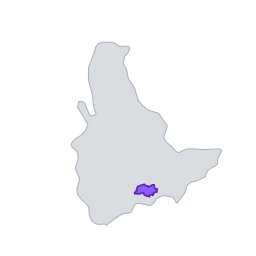 Las Matas de Farfan, San Juan, Dominican Republic shown in context, rotated 244°
{"feature_id": "3306468B58611223630856", "entity_name": "Las Matas de Farfan", "entity_type": "district", "adm_level": 2, "iso_a3": "DOM", "parent_name": "Dominican Republic", "parent_adm1": "San Juan", "projection": "equal_earth", "projection_center": [-71.495, 18.95], "detail": "fine", "context": "in_parent", "style": "filled", "palette": "violet", "viewbox_px": 256, "rotation_deg": 244, "n_neighbors": 0, "source": "geoboundaries", "source_scale": "gbopen_adm2", "svg_char_len": 4246}
<svg xmlns="http://www.w3.org/2000/svg" viewBox="0 0 256 256"><g transform="rotate(244 128 128)"><path d="M50.2,176.0L50.5,165.2L51.7,160.8L50.6,156.2L45.2,151.3L41.9,145.0L39.0,139.4L39.6,138.6L45.5,138.4L47.5,136.3L51.5,130.6L52.3,126.0L51.9,122.5L49.4,118.4L48.4,114.0L51.5,110.2L55.7,104.6L56.2,102.5L56.2,100.4L51.3,94.5L51.0,92.0L53.3,85.6L53.0,81.4L50.8,68.3L49.8,66.4L51.9,65.2L53.3,61.3L55.2,57.9L57.7,56.0L60.5,54.8L66.1,54.9L73.9,57.9L76.1,57.9L83.6,55.1L89.8,53.6L95.6,55.3L97.9,57.7L102.8,61.5L105.2,62.6L112.8,62.5L114.9,62.9L121.3,69.1L126.6,71.6L129.8,71.7L135.4,69.3L138.1,69.4L141.3,74.7L142.0,82.3L144.7,89.2L148.8,93.6L168.9,91.8L173.4,95.4L171.9,98.4L169.0,100.0L159.5,99.3L155.3,99.7L154.4,102.7L154.4,105.5L160.0,106.1L165.5,107.5L171.1,109.8L176.8,111.3L183.2,112.3L189.6,113.9L200.1,119.4L211.8,131.8L215.0,134.6L217.0,138.5L216.1,143.3L212.0,151.2L209.6,153.7L206.2,155.3L203.9,158.5L201.6,164.0L200.2,164.5L198.6,164.2L195.8,161.1L193.8,156.3L188.1,151.8L181.5,152.4L171.6,149.8L165.6,151.0L159.7,151.3L153.6,150.0L147.5,149.5L141.3,151.2L135.4,154.1L133.2,155.9L129.4,160.4L127.4,162.0L113.0,164.3L108.8,161.0L104.9,156.5L99.4,155.9L91.3,159.4L86.3,160.6L84.2,162.1L83.6,163.8L83.6,170.1L82.5,173.9L74.6,188.4L70.2,198.6L68.4,201.7L66.3,202.4L62.4,196.5L59.9,194.4L56.9,193.3L55.6,190.2L55.6,185.8L54.8,181.5L52.9,178.2L50.2,176.0Z" fill="#d9dde1" stroke="#a8b0b8" stroke-width="1"/><path d="M56.7,117.2L56.8,117.3L57.1,117.4L57.4,117.5L57.5,117.5L57.9,117.5L58.0,117.6L58.1,117.8L58.1,118.7L58.1,118.9L58.1,119.0L57.8,119.4L57.7,119.5L57.6,119.9L57.5,120.0L57.4,120.3L57.2,120.4L56.8,120.5L56.6,120.6L56.5,120.8L56.5,121.0L56.7,121.3L56.8,121.4L57.0,121.5L57.3,121.6L57.5,121.4L57.7,121.2L57.8,121.1L58.0,121.1L58.1,121.3L58.1,121.6L58.1,121.8L58.1,122.0L58.0,122.3L57.9,122.5L57.9,122.8L58.0,123.0L58.3,123.3L58.4,123.5L58.4,124.3L58.4,124.5L58.1,124.8L57.9,124.9L57.9,125.0L57.8,125.3L57.9,125.5L57.8,125.8L57.8,126.0L58.1,126.1L58.3,126.2L58.5,126.2L58.7,126.3L58.8,126.3L59.1,126.4L59.2,126.5L59.3,126.5L59.4,126.9L59.5,127.0L59.7,127.3L59.8,127.3L60.0,127.3L60.2,127.5L60.3,127.5L60.5,127.6L60.8,127.2L61.0,126.9L61.0,126.5L61.0,126.4L61.2,126.1L61.3,125.9L61.6,125.9L62.1,125.9L62.9,125.9L63.0,125.9L63.3,126.0L63.5,126.1L64.5,126.1L64.8,126.2L64.9,126.3L65.1,126.5L65.3,126.6L65.5,126.6L65.7,126.4L65.8,126.1L66.0,125.8L66.0,125.7L66.1,125.4L66.2,125.1L66.3,124.9L66.3,124.7L66.2,124.6L66.2,124.1L66.2,123.9L66.1,123.7L65.9,123.6L65.9,123.4L65.9,123.2L65.9,122.9L66.0,122.8L66.1,122.4L66.2,122.2L66.2,121.9L66.2,121.7L66.3,121.5L66.3,121.4L66.2,121.1L66.2,120.9L66.1,120.7L66.1,120.4L66.2,120.2L66.3,120.2L66.5,120.3L66.8,120.4L67.1,120.2L67.4,120.1L67.6,120.0L67.7,119.9L67.8,119.8L67.9,119.6L68.0,119.5L68.0,119.4L68.1,119.2L68.2,118.9L68.3,118.8L68.5,118.7L68.9,118.5L68.9,118.4L69.1,118.4L69.9,118.4L70.0,118.4L70.3,118.0L70.4,117.9L70.5,117.7L70.5,117.4L70.5,117.2L70.5,115.7L70.5,115.4L70.7,115.2L70.8,115.2L70.9,114.9L70.8,114.7L70.8,114.4L70.9,114.2L71.0,113.9L71.0,113.6L70.9,112.5L71.0,112.3L71.0,112.2L71.2,111.8L71.3,111.5L71.3,111.4L71.2,111.2L70.9,111.2L70.8,110.6L70.7,110.3L70.6,110.2L70.4,109.9L70.2,109.8L70.1,109.7L69.9,109.6L69.7,109.6L69.4,109.5L69.2,109.4L69.1,109.2L68.8,108.6L68.7,108.4L68.6,108.2L68.3,108.1L68.2,108.0L67.9,108.1L67.8,108.3L67.6,108.4L67.5,107.5L67.5,107.3L67.5,107.2L67.4,107.2L67.3,106.9L67.2,106.9L67.2,106.7L67.2,106.1L67.2,105.9L67.1,105.6L67.0,105.4L65.9,105.3L65.7,105.3L65.7,105.5L65.8,105.9L65.8,106.0L65.7,106.3L65.7,106.5L65.3,106.7L65.2,106.8L64.9,107.0L64.7,107.2L64.6,107.3L64.6,107.5L64.6,107.8L64.6,108.0L64.4,108.4L64.4,108.5L64.2,108.7L64.0,108.8L63.8,109.0L63.7,109.1L63.7,109.4L63.7,110.1L63.7,110.3L63.6,110.6L63.6,110.8L63.4,111.1L63.3,111.3L63.3,111.5L63.3,111.8L63.4,112.1L63.5,112.3L63.5,112.5L63.4,112.7L62.9,113.4L62.7,113.5L62.4,113.4L62.1,113.3L61.6,113.3L61.4,113.3L61.1,113.2L60.8,113.1L60.7,113.2L60.4,113.3L60.3,113.5L60.3,113.8L60.2,113.9L60.2,114.0L59.9,114.3L59.6,114.4L59.4,114.4L59.3,114.5L59.1,114.6L58.8,114.8L58.7,114.8L58.5,115.1L58.3,115.3L58.2,115.4L58.1,115.5L58.0,115.9L57.9,116.0L57.7,116.3L57.6,116.5L57.4,116.8L57.2,116.9L57.1,117.0L56.8,117.0L56.7,117.2Z" fill="#8b5cf6" stroke="#5b21b6" stroke-width="1.5"/></g></svg>